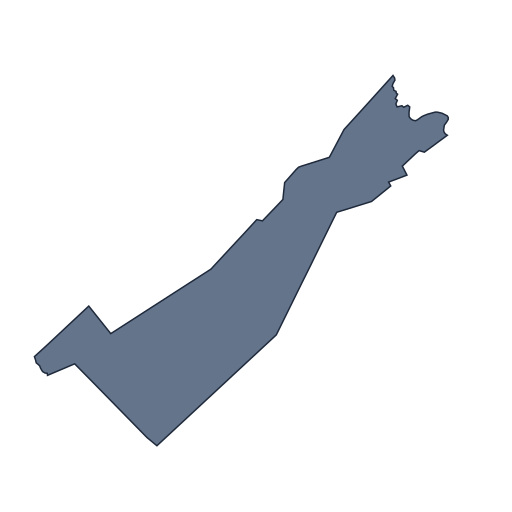 the district of Jurema, Piauí, Brazil, rotated 228°
{"feature_id": "56859067B6948842006318", "entity_name": "Jurema", "entity_type": "district", "adm_level": 2, "iso_a3": "BRA", "parent_name": "Brazil", "parent_adm1": "Piauí", "projection": "natural_earth1", "projection_center": [-43.132, -9.058], "detail": "fine", "context": "isolated", "style": "filled", "palette": "slate", "viewbox_px": 512, "rotation_deg": 228, "n_neighbors": 0, "source": "geoboundaries", "source_scale": "gbopen_adm2", "svg_char_len": 1291}
<svg xmlns="http://www.w3.org/2000/svg" viewBox="0 0 512 512"><g transform="rotate(228 256 256)"><path d="M282.5,280.9L280.5,259.6L279.7,250.2L276.4,213.7L283.3,171.3L295.5,96.1L330.7,98.2L329.6,40.4L329.5,24.0L327.6,23.2L326.0,22.5L323.7,21.2L321.0,21.6L319.0,21.7L317.0,20.9L314.9,20.4L312.8,20.1L310.2,20.9L308.5,22.4L306.8,21.2L297.2,49.1L275.3,50.1L261.2,50.7L194.1,53.5L181.3,55.4L183.8,218.3L205.7,273.1L212.8,291.1L214.4,295.0L224.7,320.7L229.3,332.2L234.5,345.2L220.4,375.8L219.2,378.3L217.9,403.0L222.2,404.0L215.1,422.3L224.9,424.9L225.3,442.8L225.2,447.7L220.5,450.6L217.7,479.0L220.1,478.4L222.4,478.7L224.1,479.7L227.2,483.5L227.9,487.0L228.9,490.3L230.4,491.6L232.2,491.9L237.6,489.8L241.5,487.1L243.0,485.5L246.5,478.6L247.9,474.9L248.6,472.6L249.2,467.1L249.7,465.1L252.0,463.4L254.4,462.8L257.1,463.0L260.3,465.8L263.9,470.0L266.5,469.6L267.7,465.3L270.0,465.0L272.4,460.6L275.4,461.7L277.1,465.2L279.8,464.8L281.5,469.5L283.2,469.2L284.6,470.2L287.0,469.3L289.1,470.8L290.9,470.7L292.4,473.0L293.0,474.7L293.7,476.9L295.5,478.1L298.5,478.6L293.9,434.3L291.1,406.1L281.4,379.7L280.3,376.5L292.3,350.1L293.5,347.1L293.4,343.8L291.4,326.4L290.0,324.9L284.9,319.2L280.0,313.8L278.6,295.0L277.8,284.3L282.5,280.9Z" fill="#64748b" stroke="#1e293b" stroke-width="1.5"/></g></svg>